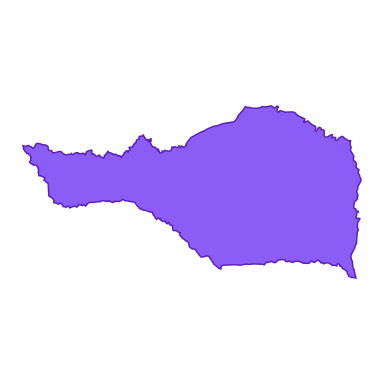 outline of Dbarwa, Debub, Eritrea
{"feature_id": "51966322B75785084399425", "entity_name": "Dbarwa", "entity_type": "district", "adm_level": 2, "iso_a3": "ERI", "parent_name": "Eritrea", "parent_adm1": "Debub", "projection": "mercator", "projection_center": [38.641, 15.102], "detail": "fine", "context": "isolated", "style": "filled", "palette": "violet", "viewbox_px": 384, "rotation_deg": 0, "n_neighbors": 0, "source": "geoboundaries", "source_scale": "gbopen_adm2", "svg_char_len": 6012}
<svg xmlns="http://www.w3.org/2000/svg" viewBox="0 0 384 384"><path d="M213.9,264.2L219.7,268.9L220.4,269.0L221.0,268.8L221.1,266.9L221.4,266.1L223.0,265.2L235.4,264.7L240.0,265.2L246.0,264.1L249.4,264.4L253.2,263.9L262.2,264.2L264.3,264.8L266.2,262.5L268.6,262.3L271.1,261.4L274.4,262.7L275.4,262.5L276.2,262.1L277.8,260.4L278.7,260.0L282.4,259.5L285.1,259.9L285.4,261.0L286.0,261.5L287.5,261.6L289.6,261.1L291.1,262.2L293.5,262.1L295.2,261.2L299.6,261.5L303.0,263.1L307.2,263.4L309.1,263.2L311.1,260.9L314.2,262.5L315.8,261.6L317.0,260.5L318.0,260.2L318.7,260.5L321.6,263.2L323.2,262.7L323.6,263.0L323.7,263.7L326.6,262.8L328.5,262.9L330.7,264.1L332.2,265.5L334.2,265.1L336.4,265.9L337.0,265.6L337.1,264.0L337.5,263.7L339.5,264.3L339.9,266.1L341.8,266.4L342.1,267.0L342.1,267.9L342.7,268.6L345.1,269.9L347.1,271.7L347.3,273.5L348.8,276.1L351.2,277.5L354.3,277.6L355.8,278.1L355.9,276.8L354.9,275.0L355.1,274.0L354.4,271.7L354.4,270.1L352.9,267.9L352.4,261.9L351.2,258.7L350.9,256.0L351.3,254.5L354.8,247.8L355.4,245.3L356.4,243.6L357.2,233.0L357.7,231.1L358.4,229.9L357.4,227.1L357.5,222.9L359.9,218.7L358.7,218.2L356.9,218.6L355.8,217.5L356.7,215.2L356.4,213.7L356.7,213.1L357.9,212.5L358.4,211.5L356.2,210.7L355.9,210.1L356.0,209.2L354.3,208.5L353.7,207.4L354.3,202.7L355.1,201.3L356.8,199.8L357.4,198.5L357.2,196.6L358.0,195.9L358.0,195.5L356.9,192.6L356.7,191.4L357.8,188.7L357.8,186.9L360.7,181.2L361.0,179.0L359.9,177.2L359.8,176.2L358.1,172.3L359.0,169.8L356.1,167.4L356.3,163.4L355.1,161.4L353.6,160.8L353.4,158.1L353.8,156.7L353.5,155.5L350.4,150.3L351.1,147.0L350.3,145.1L350.1,143.7L350.6,140.7L349.1,140.8L347.5,140.1L344.7,138.4L343.1,136.8L341.7,136.4L339.3,137.9L337.0,140.3L335.9,140.3L335.3,139.6L335.7,138.0L335.1,137.4L334.3,137.2L331.9,137.7L332.3,134.8L331.9,134.7L330.9,134.9L327.2,137.0L325.6,137.1L324.7,136.7L324.1,135.8L324.3,131.5L323.9,130.3L322.8,129.7L321.3,129.6L320.9,128.2L319.5,127.3L317.9,128.3L316.5,131.3L315.4,131.0L315.0,130.1L315.8,128.0L315.5,126.4L311.5,124.4L308.4,121.2L307.3,121.0L304.2,122.6L303.5,121.5L304.6,120.5L304.7,118.9L297.7,115.5L294.8,112.6L292.4,111.9L285.4,112.2L280.3,110.6L279.6,110.8L278.8,112.0L277.7,112.2L277.0,110.1L277.4,108.5L278.4,107.3L277.9,106.2L276.5,106.4L275.6,107.3L274.2,108.1L272.5,106.5L270.8,105.9L269.1,106.4L264.0,107.0L262.5,106.5L259.7,107.8L256.4,108.3L252.0,108.1L248.7,107.3L246.8,107.3L245.2,106.7L242.9,110.4L238.6,115.0L236.1,119.8L233.8,121.9L223.4,123.5L217.5,125.6L213.7,126.3L207.7,128.8L203.0,131.4L200.5,132.3L190.9,137.6L187.1,142.4L186.5,143.7L185.8,144.2L186.3,145.6L183.9,147.2L181.6,146.0L180.9,147.3L179.9,147.4L179.8,146.3L179.2,145.9L178.7,146.0L177.4,147.8L175.0,146.8L174.0,146.8L173.2,147.5L172.0,147.0L171.5,149.4L170.3,150.8L169.4,151.2L164.3,150.4L163.4,152.0L162.2,151.1L161.8,152.4L160.3,153.0L159.7,153.0L159.2,151.1L157.8,150.8L158.6,149.5L158.2,149.1L156.8,149.1L156.3,148.3L154.7,147.1L153.0,146.9L152.0,146.0L150.7,143.4L150.0,142.7L150.1,142.2L151.2,141.0L151.0,140.6L151.1,138.9L150.4,138.8L149.5,140.0L149.3,141.2L148.9,141.5L148.6,141.2L148.4,139.9L147.8,139.5L147.1,140.4L146.2,140.1L145.9,139.1L145.0,138.4L144.8,137.5L144.0,136.6L143.4,135.1L141.9,136.1L140.3,136.2L139.2,136.7L139.0,137.4L139.2,138.7L136.5,140.1L136.2,142.1L133.6,144.4L132.5,147.0L129.2,147.3L129.1,147.6L130.1,149.5L128.7,150.7L128.2,151.8L128.0,152.0L126.9,150.7L126.4,150.7L125.4,152.2L124.4,152.4L124.0,153.9L122.9,154.9L121.3,157.3L120.3,156.5L119.9,155.5L117.6,155.8L116.8,154.7L115.2,154.2L113.5,154.9L112.9,153.7L112.0,153.6L110.8,152.9L108.9,152.7L108.4,151.6L108.0,151.3L105.8,154.5L104.4,155.5L104.3,157.2L103.2,158.1L102.1,157.3L100.1,156.6L99.7,155.3L99.2,155.0L97.3,156.2L96.5,156.3L95.9,156.1L94.7,154.7L93.1,153.9L92.1,154.2L92.1,153.0L91.7,152.1L92.0,150.5L91.5,150.1L87.9,151.0L86.6,151.8L86.1,152.3L85.7,154.5L85.3,154.8L85.1,154.8L83.6,153.2L79.4,153.9L78.3,152.9L77.5,152.7L74.9,153.1L73.2,154.6L72.5,154.5L71.2,153.4L70.7,154.1L70.0,154.4L68.3,154.3L66.8,155.0L66.0,155.0L63.1,153.6L61.7,152.2L60.1,151.3L54.9,152.7L53.0,152.7L52.4,152.3L51.5,150.5L49.4,150.6L48.8,150.2L48.3,149.4L48.1,146.8L46.8,145.6L45.2,144.9L42.8,144.9L40.8,144.0L37.4,143.3L35.9,144.1L33.8,148.1L33.1,148.4L31.6,147.0L29.7,146.3L28.5,145.4L25.5,146.4L23.0,145.6L23.7,149.1L24.6,150.7L26.6,153.3L28.4,153.6L28.9,154.6L30.1,155.4L30.9,156.9L30.8,159.9L29.6,161.9L29.9,162.7L31.4,163.9L32.7,163.8L33.2,165.1L35.6,165.0L36.7,165.5L37.4,167.0L38.4,168.1L38.1,169.0L38.7,170.6L38.1,172.3L38.4,172.7L38.9,175.7L40.7,175.7L42.2,176.6L44.5,177.4L44.6,178.2L43.9,180.2L45.3,181.0L46.4,182.5L47.6,182.8L48.2,184.2L48.8,195.5L49.3,196.5L50.9,197.1L53.6,199.5L54.2,200.6L53.6,201.6L53.7,202.5L54.2,202.9L56.1,203.0L58.2,204.1L58.8,204.1L59.6,203.3L61.7,203.9L62.9,206.1L63.5,206.6L66.1,207.2L68.5,206.2L68.9,206.3L69.8,207.9L74.3,206.0L76.6,207.0L77.8,206.6L78.5,204.9L79.0,204.7L80.3,205.0L81.3,204.6L81.5,205.3L82.2,205.6L84.3,204.7L85.6,206.1L87.8,203.4L89.7,202.4L93.9,202.4L98.1,201.7L100.2,201.7L102.0,200.6L104.6,200.9L105.9,201.4L107.2,201.1L108.6,201.3L109.5,201.0L110.3,201.6L113.0,202.6L114.7,201.3L115.6,201.6L117.3,201.3L119.5,201.5L122.8,199.5L123.8,199.7L124.8,200.7L128.4,201.0L130.4,201.6L134.5,202.1L137.8,206.6L138.8,207.1L139.3,208.4L140.0,208.9L141.0,208.8L142.9,210.0L144.9,210.3L148.5,211.3L149.5,212.0L152.0,212.1L152.6,212.5L153.1,214.7L154.8,216.7L155.3,218.1L156.6,219.4L156.9,218.6L157.6,218.4L158.8,218.4L159.7,219.2L160.6,218.8L160.9,219.1L160.9,220.2L161.3,220.7L163.8,221.5L165.4,221.1L165.6,222.5L167.1,223.8L167.7,223.5L168.0,222.4L169.0,222.5L169.4,223.2L169.5,224.7L172.3,225.5L172.9,230.0L174.1,230.7L176.4,230.5L178.2,232.2L180.3,232.8L179.6,234.6L180.3,235.9L181.4,236.8L182.4,238.4L183.9,239.1L185.9,240.9L187.9,241.8L189.0,244.6L189.3,246.6L190.0,247.5L192.6,249.0L194.6,249.2L195.6,249.7L196.8,252.1L198.0,253.0L198.4,254.2L201.1,257.0L203.9,256.9L206.3,255.8L208.6,256.3L209.7,257.3L209.9,258.3L210.9,258.8L211.3,260.1L213.9,264.2Z" fill="#8b5cf6" stroke="#5b21b6" stroke-width="1.5"/></svg>